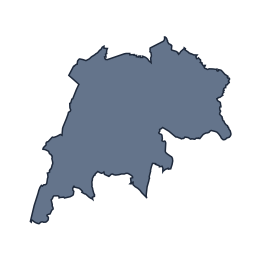 Tilapa, Puebla, Mexico, rotated 175°
{"feature_id": "50627088B76714936003523", "entity_name": "Tilapa", "entity_type": "district", "adm_level": 2, "iso_a3": "MEX", "parent_name": "Mexico", "parent_adm1": "Puebla", "projection": "natural_earth1", "projection_center": [-98.551, 18.619], "detail": "fine", "context": "isolated", "style": "filled", "palette": "slate", "viewbox_px": 256, "rotation_deg": 175, "n_neighbors": 0, "source": "geoboundaries", "source_scale": "gbopen_adm2", "svg_char_len": 5729}
<svg xmlns="http://www.w3.org/2000/svg" viewBox="0 0 256 256"><g transform="rotate(175 128 128)"><path d="M220.4,41.5L218.6,41.4L217.4,41.7L215.7,43.2L215.3,44.4L215.1,45.8L215.5,46.6L216.1,47.1L216.4,47.7L216.2,48.4L214.9,48.9L213.1,49.2L211.1,52.8L209.8,53.6L209.6,54.6L209.8,55.5L210.3,57.0L210.1,58.4L210.8,63.1L209.6,64.1L208.5,66.2L208.0,66.7L207.4,66.8L203.9,66.6L202.8,65.9L202.7,64.4L201.7,64.7L197.9,64.7L197.4,63.8L191.5,64.6L190.4,65.1L188.8,65.8L188.2,66.7L187.5,69.7L188.4,70.9L188.3,72.0L188.4,72.4L188.3,72.9L187.5,73.7L187.3,74.6L186.7,74.6L186.5,73.8L182.0,72.3L180.6,71.0L178.9,68.9L179.6,68.0L177.0,66.2L175.8,65.8L172.8,62.5L171.1,61.2L170.2,60.8L169.3,59.9L169.6,62.1L167.4,62.8L167.5,63.6L167.3,63.6L167.1,64.2L167.8,65.9L168.6,70.4L168.5,70.9L169.1,73.0L168.8,74.0L168.7,77.6L168.1,79.0L167.8,81.0L166.4,83.1L166.2,83.5L165.8,83.8L165.0,84.0L164.7,85.1L161.9,87.3L159.8,85.9L158.4,85.2L156.9,85.5L155.9,86.2L155.5,83.9L151.5,81.6L151.4,81.9L150.8,81.7L148.8,83.4L147.4,83.5L146.0,82.6L144.4,82.2L141.1,82.3L138.3,82.8L135.8,82.5L134.0,83.0L132.6,82.9L131.9,82.7L129.4,81.0L128.0,79.6L127.7,79.0L127.7,78.1L129.8,77.7L129.7,73.6L130.2,72.8L130.8,72.3L129.6,72.1L128.6,73.5L127.6,73.6L128.0,71.2L126.0,68.9L123.5,67.1L121.4,64.8L120.0,62.4L116.2,57.9L115.7,57.2L115.4,56.4L115.7,57.8L115.8,59.4L114.1,67.7L111.9,73.5L111.5,75.1L111.0,75.9L111.1,77.7L109.2,83.1L109.3,83.8L108.2,87.1L106.7,90.6L105.5,90.5L103.6,90.1L103.8,89.4L100.4,87.8L100.1,87.2L100.1,86.6L97.4,86.9L96.7,84.7L97.0,83.1L97.1,81.5L96.8,81.9L94.9,83.1L94.7,83.4L91.6,84.4L91.4,83.5L89.0,83.6L87.2,88.0L86.3,91.3L86.4,94.0L87.1,95.5L87.9,96.0L91.0,98.6L92.6,100.3L92.9,101.5L91.7,109.8L92.1,111.4L92.6,111.8L94.0,111.5L95.3,112.4L94.7,114.3L94.8,117.9L95.3,118.7L96.5,119.2L97.8,120.3L97.8,120.7L96.7,121.9L96.5,122.6L96.7,123.2L96.6,123.8L94.8,124.5L93.4,125.5L87.5,121.2L81.2,114.9L79.5,114.6L78.4,113.9L76.7,113.2L75.8,112.5L74.3,112.8L73.6,112.7L72.7,113.3L72.1,114.0L68.8,113.2L66.8,111.5L65.8,111.5L65.4,111.7L62.7,111.0L62.1,111.1L61.2,111.8L59.8,111.9L59.1,111.5L58.6,111.9L57.4,111.2L53.7,115.0L52.0,115.8L50.7,116.2L49.4,116.2L47.7,116.6L46.5,117.8L45.4,118.3L41.6,117.0L39.9,116.2L38.3,114.4L36.6,111.6L35.8,109.6L34.2,108.0L32.6,108.0L31.5,108.5L30.7,109.3L27.9,110.0L26.9,111.0L26.3,111.9L26.0,112.8L26.0,113.5L26.4,116.2L27.4,117.9L27.7,118.8L27.9,120.0L28.4,120.1L28.6,120.5L28.7,121.6L29.9,122.5L30.9,123.9L31.4,124.8L31.9,126.6L32.5,126.9L32.8,127.4L33.1,128.6L33.0,129.0L33.4,129.8L33.2,130.5L33.3,130.9L35.4,133.5L35.6,134.0L35.2,134.8L35.1,135.5L34.4,136.2L34.4,137.2L34.8,137.4L34.9,138.1L35.0,139.1L34.8,140.6L34.4,141.1L33.6,141.0L33.5,141.8L33.7,142.8L33.8,145.1L34.0,145.6L36.3,147.4L37.0,149.0L37.0,149.4L36.1,149.6L35.6,150.3L35.2,150.5L33.8,150.5L30.7,152.4L31.1,152.9L30.8,154.2L29.5,155.2L29.5,155.5L30.0,156.3L29.9,156.8L29.6,157.0L29.0,157.1L28.9,157.3L29.5,158.1L29.3,158.6L29.1,159.0L28.2,159.6L27.7,159.8L27.2,159.7L26.7,162.2L25.2,162.5L24.5,163.6L23.2,164.4L23.4,165.3L23.9,165.9L23.5,166.7L22.7,167.4L22.6,168.5L23.1,169.0L23.6,168.9L24.3,169.1L24.6,169.6L24.6,170.0L24.0,170.5L24.1,171.0L24.6,171.2L26.3,172.7L26.7,172.8L29.1,176.1L30.1,177.3L30.6,177.6L32.6,178.2L32.9,177.3L33.4,176.9L33.8,176.9L34.1,177.0L34.5,177.7L34.5,178.3L34.1,178.8L34.2,179.0L34.8,178.8L36.0,178.9L38.2,179.4L42.1,179.9L42.9,179.5L43.6,179.4L44.2,179.6L44.8,180.1L46.4,180.9L46.8,181.6L46.3,182.7L45.7,183.1L45.5,183.6L46.7,183.7L47.5,183.3L49.0,185.8L48.5,186.2L48.7,186.6L50.2,187.0L49.8,187.5L49.9,189.8L50.6,190.2L51.7,191.7L52.6,191.1L53.6,191.1L54.2,193.1L52.8,194.7L56.1,195.1L58.6,196.5L59.5,196.6L59.9,197.2L60.9,197.6L61.4,198.4L64.4,200.9L63.9,202.0L65.0,203.0L65.2,202.2L68.9,199.5L69.7,198.3L70.3,197.9L71.1,197.0L71.8,198.1L71.7,198.8L73.5,200.2L77.6,201.8L77.9,202.5L77.2,206.1L77.6,206.8L77.8,206.7L78.9,207.8L80.1,208.4L81.2,210.8L81.0,211.5L81.4,212.3L81.6,213.4L82.2,214.6L83.2,215.5L83.7,215.5L83.8,213.3L84.5,212.1L85.1,211.4L98.9,205.8L99.2,204.7L99.2,203.1L99.5,202.2L99.1,201.5L98.6,201.3L98.5,200.7L98.4,197.7L99.4,195.5L99.3,191.1L99.7,191.5L101.2,192.9L102.5,195.1L104.3,196.8L107.0,198.2L107.3,197.0L109.5,197.2L109.1,198.6L111.0,198.7L111.3,197.8L113.4,198.3L113.1,199.6L115.6,199.9L115.5,200.6L119.8,200.8L119.7,202.1L123.4,202.4L125.4,202.2L142.7,197.9L144.2,198.2L144.1,198.5L145.0,199.2L145.1,200.9L143.7,200.7L143.9,203.5L142.7,204.0L142.9,204.5L142.5,206.9L142.3,207.7L141.6,209.0L144.9,209.5L144.8,211.6L146.6,210.7L148.2,208.5L149.4,208.0L151.7,205.6L153.6,204.7L154.8,203.8L158.2,202.1L160.4,200.3L164.0,198.8L167.0,200.1L170.1,201.0L170.6,200.9L171.3,200.3L172.4,199.1L173.1,196.0L173.5,196.1L174.6,195.5L175.6,194.9L176.3,194.2L176.8,194.3L182.4,185.6L173.1,175.8L176.1,170.7L180.5,161.9L181.4,161.7L182.9,157.9L183.9,157.6L184.1,153.1L183.5,150.9L184.1,149.7L185.9,148.8L186.3,147.8L186.5,147.0L188.6,142.5L192.5,135.0L193.2,133.3L194.4,126.5L195.9,127.5L199.3,126.0L200.7,125.6L202.7,125.1L204.2,125.5L208.6,121.5L210.4,121.0L211.0,120.0L211.1,118.3L211.9,117.4L212.5,117.2L213.1,116.5L213.5,116.3L214.0,115.7L214.5,114.8L214.6,114.2L213.0,113.9L211.5,113.2L209.1,111.7L208.5,109.4L207.5,108.6L207.5,108.4L206.9,108.2L206.5,106.9L206.1,106.8L206.0,105.7L206.5,104.1L206.0,100.6L206.1,99.1L206.3,98.5L206.8,97.8L207.8,94.8L208.2,94.5L208.6,93.7L209.0,93.3L209.3,93.4L210.0,92.3L209.9,91.0L211.1,90.3L212.3,90.1L212.0,88.5L212.0,86.0L212.6,84.8L213.7,80.2L214.0,79.6L214.5,79.1L215.3,78.7L216.7,78.8L217.1,78.6L218.3,77.6L219.3,78.4L220.8,76.6L222.3,73.6L223.2,71.0L228.2,59.0L233.4,43.4L232.6,42.7L232.3,44.6L232.2,44.8L231.9,44.8L229.3,42.5L227.6,41.4L225.5,40.5L224.7,40.5L223.5,41.6L222.5,42.0L221.3,42.0L220.4,41.5Z" fill="#64748b" stroke="#1e293b" stroke-width="1.5"/></g></svg>